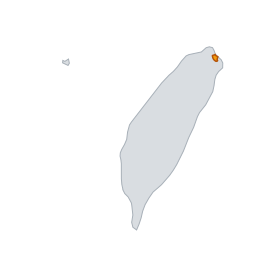 Keelung City highlighted on a map of Taiwan, rotated 13°
{"feature_id": "TWN-1164", "entity_name": "Keelung City", "entity_type": "Provincial City", "adm_level": 1, "iso_a3": "TWN", "parent_name": "Taiwan", "parent_adm1": "", "projection": "equal_earth", "projection_center": [121.703, 25.114], "detail": "fine", "context": "in_parent", "style": "filled", "palette": "amber", "viewbox_px": 256, "rotation_deg": 13, "n_neighbors": 0, "source": "natural_earth", "source_scale": "10m", "svg_char_len": 1253}
<svg xmlns="http://www.w3.org/2000/svg" viewBox="0 0 256 256"><g transform="rotate(13 128 128)"><path d="M166.8,184.8L164.1,191.6L161.9,198.9L161.0,205.7L161.0,212.8L160.4,219.1L159.3,225.4L155.1,223.6L152.8,219.1L152.3,211.7L149.2,202.8L148.1,200.2L143.7,195.2L139.7,192.7L136.6,189.0L137.0,189.3L134.7,184.4L133.0,179.1L129.5,164.1L128.2,160.5L126.6,157.2L126.1,153.9L126.7,150.3L128.3,144.9L129.3,139.4L128.5,132.0L128.8,124.6L130.0,121.4L150.6,76.7L156.1,67.3L159.5,62.6L162.4,57.4L165.1,50.7L168.4,44.7L170.8,42.8L182.4,37.4L186.1,32.2L189.0,30.6L192.3,30.7L194.4,33.1L196.3,36.1L198.3,37.7L203.4,40.5L205.7,43.3L206.7,48.1L203.6,52.6L202.0,56.7L201.7,61.2L202.3,67.4L202.4,73.5L198.5,87.9L194.2,96.9L193.1,101.4L191.8,112.6L189.3,123.8L187.2,138.0L183.7,152.6L181.7,158.7L179.3,164.6L173.4,175.7L166.8,184.8ZM54.5,74.2L56.3,78.1L55.5,80.5L49.6,79.2L49.3,76.8L51.5,77.3L54.5,74.2Z" fill="#d9dde1" stroke="#a8b0b8" stroke-width="1"/><path d="M196.4,36.8L196.6,37.0L197.0,37.5L197.6,37.8L199.5,38.3L199.4,40.7L199.5,41.3L200.1,42.1L200.0,42.6L199.6,42.9L198.9,43.2L198.1,43.1L196.4,42.2L195.9,41.8L195.3,41.1L194.8,40.4L194.5,39.7L194.1,39.0L194.0,38.4L194.5,38.0L195.7,37.4L196.4,36.8Z" fill="#f59e0b" stroke="#b45309" stroke-width="1.5"/></g></svg>